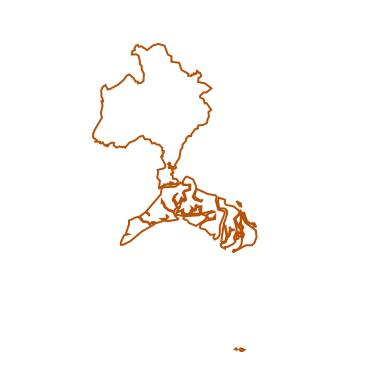 Santa Rosa, El Oro, Ecuador (Natural Earth projection), rotated 215°
{"feature_id": "8360857B25401291560682", "entity_name": "Santa Rosa", "entity_type": "district", "adm_level": 2, "iso_a3": "ECU", "parent_name": "Ecuador", "parent_adm1": "El Oro", "projection": "natural_earth1", "projection_center": [-80.02, -3.392], "detail": "fine", "context": "isolated", "style": "outline", "palette": "amber", "viewbox_px": 384, "rotation_deg": 215, "n_neighbors": 0, "source": "geoboundaries", "source_scale": "gbopen_adm2", "svg_char_len": 6164}
<svg xmlns="http://www.w3.org/2000/svg" viewBox="0 0 384 384"><g transform="rotate(215 192 192)"><path d="M253.7,294.2L255.7,293.1L256.1,294.8L256.4,293.5L257.3,293.9L256.5,290.7L258.5,290.3L258.0,288.8L259.4,288.2L259.2,286.7L261.8,285.0L262.8,286.8L270.6,286.0L276.6,290.5L283.7,286.9L286.5,291.3L290.7,290.8L298.4,296.1L304.5,294.0L307.9,289.8L310.1,282.5L317.1,282.3L318.9,280.5L320.9,281.4L321.9,279.6L321.4,276.5L320.2,275.5L321.7,273.0L320.0,270.2L316.7,272.7L314.1,273.1L309.4,269.0L308.4,267.0L305.3,266.3L303.5,263.5L299.2,261.3L295.4,255.1L296.3,252.2L298.5,250.0L299.9,251.3L301.5,250.1L305.6,251.9L310.8,252.3L312.3,249.7L312.3,244.5L314.1,237.4L318.1,229.7L319.8,227.6L324.2,230.0L325.4,226.9L324.6,223.0L320.9,218.4L317.1,215.8L316.8,214.9L318.1,214.4L314.8,211.5L312.0,204.5L308.4,201.2L307.4,187.8L306.3,182.7L304.2,179.9L299.9,179.9L300.0,177.9L296.2,180.4L295.5,179.3L294.0,179.8L293.7,181.4L290.4,180.1L289.1,181.5L288.9,179.6L288.4,181.4L287.4,181.1L287.2,184.3L285.8,186.6L284.0,187.4L282.9,185.2L279.0,185.2L277.7,187.6L274.7,188.7L273.9,190.1L272.2,189.9L271.6,196.7L268.5,201.1L266.4,207.7L264.2,209.9L261.2,208.2L256.6,210.9L252.5,208.8L250.8,210.8L247.8,210.7L246.0,212.0L241.5,211.0L240.1,208.7L238.5,209.4L237.6,208.0L238.3,206.8L237.3,205.6L237.6,204.4L236.6,204.2L237.3,203.0L229.5,199.0L228.2,197.1L228.4,195.5L232.8,190.4L231.1,188.9L228.5,183.6L224.7,182.8L221.4,176.3L220.6,176.3L220.2,179.0L218.2,181.9L219.0,182.3L215.6,184.5L216.4,184.5L216.5,185.0L214.8,185.1L214.3,187.6L215.1,187.2L215.2,187.3L215.2,187.5L215.4,187.4L215.5,187.4L215.5,187.6L214.2,187.7L214.7,185.2L212.9,186.5L213.2,187.8L212.9,189.5L212.7,186.6L209.3,190.0L209.3,192.9L212.3,193.6L215.1,192.0L217.4,194.3L219.1,194.2L219.6,195.4L218.4,196.3L218.5,197.5L221.0,198.4L221.6,201.4L223.5,199.0L224.7,198.5L225.3,199.1L224.5,200.6L227.7,201.2L227.5,203.0L226.2,203.0L225.6,201.5L224.2,201.2L223.9,199.2L221.7,201.8L220.8,200.2L219.5,201.1L218.9,202.8L221.5,204.4L222.0,213.0L225.5,220.1L225.2,222.5L226.9,225.5L226.3,230.3L227.5,232.7L226.9,236.0L224.8,237.3L225.6,239.0L225.5,245.2L223.6,247.5L224.7,248.5L224.9,250.4L221.4,253.2L219.4,257.2L221.2,261.3L221.1,263.1L224.4,266.9L223.4,270.3L231.1,273.2L232.4,271.9L235.6,274.6L239.8,274.2L240.5,275.4L239.7,280.3L237.4,281.6L235.5,288.0L243.8,288.4L250.1,285.6L252.2,289.4L251.0,290.8L251.2,292.5L253.7,294.2ZM149.1,170.1L148.2,166.7L146.1,166.1L144.6,169.2L144.7,172.6L149.8,180.4L152.9,193.2L154.1,194.8L160.4,192.6L167.9,198.9L168.8,202.0L170.7,202.8L178.1,199.4L189.2,197.4L189.7,195.9L187.4,189.5L180.5,189.8L179.2,190.5L179.0,192.2L178.9,189.4L185.4,187.3L188.6,188.3L190.5,197.4L193.0,199.8L198.3,202.9L204.9,201.8L205.8,200.4L205.6,195.7L204.4,193.6L202.0,193.8L197.6,197.1L194.7,192.7L198.8,187.8L192.3,182.3L193.0,180.0L196.3,181.1L196.7,180.2L194.5,179.2L195.3,177.8L193.3,172.7L193.2,167.9L191.9,167.8L189.2,172.8L187.8,170.7L185.5,170.1L182.4,171.7L181.5,175.5L182.5,176.0L182.0,178.2L183.5,179.2L179.6,179.0L179.3,179.8L181.4,182.9L180.9,183.9L179.3,183.3L176.1,185.8L172.5,180.1L170.6,181.1L164.9,187.7L161.5,189.1L165.0,185.5L166.6,182.2L164.1,179.7L162.8,180.1L159.6,182.3L159.5,186.0L157.6,183.0L163.5,177.1L166.0,171.5L165.7,168.1L164.4,167.1L159.6,168.9L152.6,167.4L149.1,170.1ZM220.7,142.2L215.1,140.1L211.1,142.3L208.5,141.2L207.4,144.6L205.2,146.0L203.5,145.8L198.5,152.5L201.7,152.4L197.6,155.5L197.9,157.2L200.2,158.7L197.1,158.0L197.5,153.1L195.9,153.5L188.1,161.0L187.8,162.1L191.9,162.6L195.6,164.9L201.2,163.3L206.0,163.9L208.9,165.9L210.5,165.6L212.0,168.0L207.6,166.4L206.2,164.8L201.0,164.0L195.6,166.0L196.0,168.3L194.9,171.7L197.3,171.5L200.7,173.9L202.2,173.7L203.6,174.9L204.3,179.0L202.7,183.3L203.5,180.8L203.0,176.3L197.1,173.6L196.5,176.3L197.5,181.4L192.9,181.0L192.5,181.8L199.0,186.1L198.9,188.9L195.8,192.1L197.7,195.7L199.1,195.7L202.8,192.8L206.6,193.2L208.6,186.9L218.5,179.1L218.6,177.1L216.2,171.9L218.3,150.2L214.2,149.1L213.4,147.5L215.3,149.1L218.6,148.5L220.7,142.2ZM136.6,164.0L132.3,164.5L133.3,166.0L131.4,167.5L128.4,173.1L128.0,176.3L131.6,178.5L132.7,184.8L134.5,187.7L142.3,194.3L141.0,200.3L142.2,203.7L150.0,204.0L156.6,201.0L158.7,201.6L160.5,204.6L166.8,202.7L165.5,199.4L160.3,194.2L155.6,197.3L152.8,196.8L150.5,193.9L147.6,183.8L144.9,183.2L137.6,176.1L137.0,177.0L138.5,181.4L141.3,185.2L138.3,183.8L135.4,185.8L137.9,182.2L136.2,177.6L136.8,174.9L135.6,170.2L138.7,165.6L136.6,164.0ZM220.0,120.8L222.8,117.6L221.4,109.7L219.9,108.0L218.0,109.5L214.3,116.4L210.5,130.7L204.3,143.8L204.7,144.7L207.1,143.6L208.0,140.9L211.2,141.7L215.0,139.4L221.7,140.9L223.4,139.1L227.2,132.4L225.0,129.3L222.3,120.0L220.0,120.8ZM140.4,204.1L133.4,193.7L129.6,192.6L129.1,189.3L124.9,187.0L124.0,181.9L121.6,177.9L121.2,173.8L122.1,170.3L124.7,168.5L124.4,166.6L123.6,166.5L117.4,179.1L112.2,182.9L111.7,186.3L113.3,192.1L117.7,197.2L130.8,197.4L135.4,199.8L138.4,203.4L140.4,204.1ZM179.3,166.0L176.4,165.0L169.2,166.6L165.4,176.3L165.5,179.3L166.9,180.7L172.4,179.0L172.5,177.3L183.7,168.3L178.4,175.1L172.8,179.0L176.2,181.9L176.5,184.7L178.7,182.9L180.1,183.0L178.6,180.3L178.7,178.6L180.4,177.2L180.4,173.5L183.9,169.1L184.1,166.1L183.6,165.1L179.3,166.0ZM146.5,181.7L139.7,168.4L138.8,168.0L136.5,170.7L138.6,175.9L144.0,181.4L146.5,181.7ZM140.2,201.1L141.1,195.0L134.5,190.5L135.2,195.5L138.6,200.8L140.2,201.1ZM193.0,166.2L191.5,164.4L184.9,167.7L185.7,169.4L188.0,168.6L189.6,170.6L193.0,166.2ZM134.5,200.4L129.0,198.7L127.7,199.7L131.6,200.1L131.6,201.5L131.8,200.8L138.1,205.5L133.1,200.1L135.1,201.5L134.5,200.4ZM130.9,185.0L129.7,180.1L128.4,178.7L127.4,180.0L127.7,182.2L130.9,185.0ZM145.4,210.6L150.3,209.9L144.7,207.8L143.4,208.4L145.4,210.6ZM58.6,92.8L62.4,91.9L62.8,90.2L61.0,89.7L59.2,91.0L58.6,92.8ZM133.1,192.3L132.5,189.6L130.6,189.1L130.3,192.2L133.1,192.3ZM127.6,186.6L126.7,183.6L125.3,183.0L126.2,186.1L127.6,186.6ZM123.3,200.0L121.3,199.1L120.6,199.7L123.3,200.0ZM66.1,89.3L66.6,87.9L64.9,88.4L64.9,89.0L66.1,89.3ZM122.3,201.8L124.0,200.5L121.2,201.2L122.3,201.8ZM124.0,201.5L125.0,200.8L125.5,199.8L124.1,200.4L124.0,201.5ZM129.4,185.7L128.7,186.0L129.7,187.1L129.4,185.7Z" fill="none" stroke="#b45309" stroke-width="2"/></g></svg>